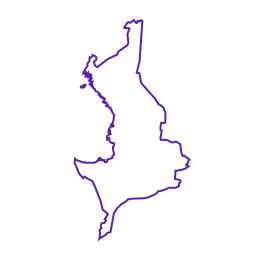 SVG path tracing the border of Atyrau, rotated 83°
{"feature_id": "KAZ-3198", "entity_name": "Atyrau", "entity_type": "Region", "adm_level": 1, "iso_a3": "KAZ", "parent_name": "Kazakhstan", "parent_adm1": "", "projection": "albers", "projection_center": [51.054, 47.461], "detail": "fine", "context": "isolated", "style": "outline", "palette": "violet", "viewbox_px": 256, "rotation_deg": 83, "n_neighbors": 0, "source": "natural_earth", "source_scale": "10m", "svg_char_len": 5859}
<svg xmlns="http://www.w3.org/2000/svg" viewBox="0 0 256 256"><g transform="rotate(83 128 128)"><path d="M28.0,119.5L24.1,116.4L23.3,115.6L23.0,115.1L22.9,114.7L23.1,114.3L23.4,113.7L23.8,113.3L23.9,113.0L23.8,112.8L23.1,111.5L21.7,109.5L21.5,109.1L21.9,108.9L23.7,107.9L24.6,107.1L24.9,106.5L24.6,106.0L23.4,105.8L23.0,105.4L23.1,104.8L23.3,104.2L23.4,103.7L23.3,103.0L22.7,102.2L22.6,101.9L22.7,101.7L23.1,101.4L23.5,100.7L62.8,108.3L74.3,112.6L74.9,110.1L85.0,109.4L103.0,97.0L104.7,96.6L105.7,95.6L106.9,95.1L107.9,95.0L110.1,92.1L112.5,90.1L114.7,89.9L117.1,89.0L125.6,90.0L127.2,90.5L127.5,91.6L126.8,94.2L130.3,95.5L132.1,95.8L134.0,95.9L134.8,94.8L142.5,97.2L143.9,96.5L143.9,95.1L144.5,91.2L147.7,86.0L147.4,82.0L150.6,77.9L151.8,78.2L159.5,78.0L161.9,77.3L162.6,76.8L162.3,75.8L162.8,75.0L166.9,70.8L168.4,72.2L171.0,73.4L171.1,74.3L172.0,74.8L173.5,72.5L175.3,76.4L176.1,80.1L176.2,83.2L176.5,84.8L176.1,86.0L184.3,87.6L185.2,84.6L186.1,83.0L187.0,82.3L188.2,82.5L188.9,83.7L190.0,84.4L191.9,84.5L193.2,88.1L193.1,89.9L192.7,90.7L192.3,94.8L193.5,98.3L194.4,102.3L194.6,105.9L196.9,108.4L199.3,116.5L199.7,120.4L198.7,132.0L198.9,136.7L200.9,139.4L203.1,144.3L206.1,148.3L211.0,152.4L229.0,158.0L229.8,161.4L231.9,164.1L232.5,165.7L233.1,167.8L234.5,170.0L231.9,169.0L230.7,169.1L228.9,168.5L226.6,168.8L225.2,168.0L224.3,166.6L222.1,167.0L219.5,166.0L219.2,162.8L217.2,161.1L215.7,162.1L210.9,158.4L205.9,163.1L198.1,163.9L180.4,168.4L179.6,169.1L178.3,169.0L176.5,169.7L173.0,174.7L170.9,177.0L172.4,178.6L167.4,182.0L156.1,185.2L152.0,184.3L152.3,183.9L152.5,183.8L153.1,183.5L153.3,183.3L154.0,182.2L154.3,181.6L154.7,180.3L155.1,179.7L155.7,178.9L155.9,178.6L156.4,177.2L156.8,176.3L156.9,175.8L156.8,175.2L156.8,175.4L156.7,174.9L156.8,174.5L157.3,173.7L157.5,173.2L157.6,172.7L157.7,170.4L158.3,167.5L158.2,165.2L157.6,163.4L156.5,162.1L155.3,161.0L155.8,161.0L156.5,161.6L156.9,161.8L156.9,161.6L156.5,161.3L156.3,160.8L156.3,160.2L156.4,159.6L156.0,159.8L155.5,160.3L155.0,160.7L154.5,160.5L154.5,159.9L154.7,159.0L155.4,157.6L155.4,158.2L155.7,158.5L156.1,158.5L156.5,158.2L156.7,157.7L156.7,156.5L156.9,155.9L157.1,156.6L157.3,156.4L157.7,155.5L157.9,155.4L158.6,155.4L159.0,155.2L159.1,154.7L159.1,153.4L158.6,152.7L157.9,152.4L157.2,152.3L156.7,152.1L156.6,151.7L156.6,150.6L156.1,148.3L155.7,147.4L155.6,147.0L155.4,146.8L154.4,147.0L154.0,146.9L153.6,146.5L152.7,145.2L152.4,144.9L151.3,145.0L149.3,145.5L148.0,145.3L145.5,145.3L144.9,145.2L144.5,144.9L143.7,144.1L143.3,143.9L141.9,143.7L141.4,143.8L141.2,144.1L141.1,144.5L141.1,145.3L141.1,145.6L140.1,147.0L139.7,147.3L137.6,148.1L136.9,148.2L136.2,147.6L135.9,147.7L135.7,148.0L135.8,148.4L136.7,148.9L137.0,149.4L137.1,149.7L137.2,150.1L134.2,150.1L133.6,149.8L133.3,149.5L133.2,149.3L133.2,148.8L132.8,148.6L132.0,147.8L131.8,147.7L131.6,147.5L131.6,147.1L132.1,146.3L132.0,146.0L131.6,145.9L131.2,146.4L130.7,147.7L130.3,147.9L129.6,147.9L128.8,147.7L128.3,147.4L129.0,146.4L129.2,146.2L128.8,146.1L128.2,146.3L127.2,147.0L126.8,147.0L126.3,146.7L125.8,146.4L125.5,145.9L124.6,145.2L124.3,144.7L124.7,143.3L124.7,142.6L124.3,142.1L123.8,142.0L123.3,142.4L123.2,143.0L123.0,143.7L122.8,144.4L122.4,144.4L121.9,143.8L121.3,142.7L120.9,142.2L120.3,142.0L118.9,141.7L117.6,141.2L114.7,140.6L113.8,140.0L113.2,140.2L112.2,140.9L111.3,141.4L108.4,142.1L107.9,142.3L107.3,143.2L106.9,143.4L106.6,143.3L106.1,142.8L105.8,142.7L105.6,142.8L105.4,143.1L105.4,143.3L105.5,143.4L105.4,143.7L103.6,146.8L103.2,147.1L102.9,146.6L103.0,146.2L103.5,145.5L103.6,145.1L103.4,144.9L103.1,145.0L102.3,145.9L101.8,146.2L101.1,146.4L100.7,146.2L100.4,146.1L100.2,146.8L100.1,148.4L99.9,148.9L99.6,149.4L99.3,149.7L98.9,149.5L99.3,148.9L99.5,148.4L99.5,148.0L99.0,147.9L98.2,148.1L97.8,148.5L97.6,148.4L96.7,147.6L96.4,147.4L96.1,147.4L95.8,147.9L95.1,150.0L94.7,150.4L94.8,149.9L94.9,148.8L94.6,149.0L94.1,150.1L93.9,150.2L93.5,150.3L93.1,150.5L92.1,152.5L91.6,153.0L91.2,152.9L91.2,152.6L91.3,152.2L91.4,151.8L91.2,151.7L90.9,151.8L90.2,152.2L88.1,154.4L87.5,155.5L87.1,156.0L86.6,156.1L85.8,156.0L85.5,156.1L85.2,156.3L84.7,157.0L83.9,157.4L83.6,157.9L83.3,157.9L82.6,157.7L82.3,158.0L82.3,158.6L82.1,159.0L81.5,158.8L81.3,158.3L81.1,158.1L80.8,158.2L80.8,158.9L80.7,159.3L80.5,159.1L80.1,158.5L79.8,158.3L79.5,158.3L79.5,158.6L79.5,159.4L79.5,159.7L78.0,157.7L77.7,157.5L77.6,158.2L77.8,159.6L77.3,159.4L77.1,159.6L76.9,160.0L76.7,160.3L76.5,159.5L76.2,159.1L74.9,158.5L74.5,158.2L74.2,157.8L74.2,157.1L74.2,158.1L74.3,158.7L74.6,159.1L74.8,159.9L75.0,160.3L74.7,160.2L73.9,159.9L74.0,159.1L73.5,158.5L73.3,158.4L73.2,158.5L73.1,158.9L72.4,158.7L71.6,158.4L70.9,157.9L70.5,157.2L70.7,158.1L72.1,159.8L72.4,160.9L72.0,160.7L71.1,160.6L70.8,160.2L70.5,159.7L70.3,159.3L69.8,159.3L69.8,159.5L70.2,159.9L70.3,160.6L70.4,161.2L71.0,161.6L71.8,162.5L71.9,163.1L71.9,163.5L71.8,163.8L70.8,163.1L70.4,162.6L69.5,161.3L69.2,161.1L68.5,161.0L69.0,161.5L69.1,161.8L69.1,162.3L69.2,162.6L70.1,163.5L69.7,163.8L69.4,163.5L67.6,162.9L67.4,162.9L67.2,163.0L67.3,163.4L67.5,163.6L67.9,163.7L68.3,164.0L68.4,164.7L68.5,165.8L64.2,163.1L62.5,161.7L61.6,160.8L61.1,160.5L60.5,160.5L59.9,160.6L59.4,160.5L58.0,159.4L57.4,158.7L56.8,158.1L55.9,157.8L53.8,157.7L53.1,157.4L53.6,156.6L53.3,156.4L53.1,155.4L52.9,155.1L52.1,154.5L51.7,154.3L51.3,154.3L51.8,153.5L52.5,151.9L53.7,151.0L55.1,150.8L56.4,151.2L56.8,151.7L57.2,152.2L57.7,153.5L58.3,153.8L61.8,153.2L62.5,152.7L63.9,151.1L57.2,139.9L54.1,130.9L53.9,130.1L53.7,129.5L53.3,129.3L52.5,129.2L51.7,128.9L51.2,128.3L50.1,126.7L46.2,119.3L44.9,118.0L43.4,117.3L34.6,117.1L29.9,114.6L29.4,114.5L29.0,114.8L28.9,115.3L28.8,117.3L28.6,118.8L28.4,119.4L28.0,119.5ZM82.1,166.5L82.5,167.4L82.5,168.2L82.0,169.7L81.6,169.9L81.1,169.5L80.8,168.7L79.8,165.7L79.8,165.0L80.5,165.0L81.4,165.7L81.9,166.1L82.1,166.5Z" fill="none" stroke="#5b21b6" stroke-width="2"/></g></svg>